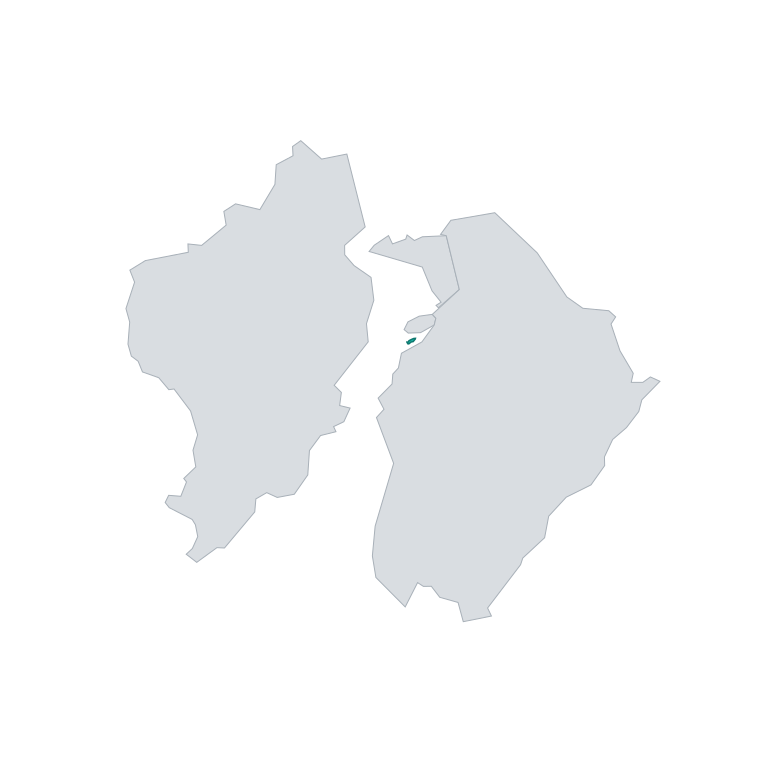 Bahrain shown with its bordering countries, rotated 245°
{"feature_id": "BHR", "entity_name": "Bahrain", "entity_type": "country or territory", "adm_level": 0, "iso_a3": "BHR", "parent_name": "Asia", "parent_adm1": "", "projection": "natural_earth1", "projection_center": [50.55, 26.027], "detail": "fine", "context": "with_neighbors", "style": "filled", "palette": "teal", "viewbox_px": 768, "rotation_deg": 245, "n_neighbors": 4, "source": "natural_earth", "source_scale": "50m", "svg_char_len": 2339}
<svg xmlns="http://www.w3.org/2000/svg" viewBox="0 0 768 768"><g transform="rotate(245 384 384)"><path d="M430.1,465.5L433.3,464.4L434.0,470.3L448.1,466.9L473.8,468.1L510.4,426.5L513.9,433.8L516.6,450.8L507.4,450.9L506.1,464.9L509.3,467.9L501.2,472.2L501.2,481.0L492.1,503.1L437.8,492.2L430.1,465.5Z" fill="#d9dde1" stroke="#a8b0b8" stroke-width="1"/><path d="M416.3,454.5L415.1,438.8L419.9,427.5L424.8,425.2L430.2,432.0L430.6,444.6L426.7,457.2L421.7,458.8L416.3,454.5Z" fill="#d9dde1" stroke="#a8b0b8" stroke-width="1"/><path d="M376.5,343.1L366.8,331.7L366.7,320.3L361.1,320.3L364.1,304.7L355.2,288.3L333.8,276.5L322.0,256.1L326.3,239.3L335.1,231.8L334.0,219.3L322.7,212.8L302.8,170.1L306.3,163.4L301.5,138.9L313.3,132.8L315.9,140.8L324.4,150.7L336.1,153.6L342.3,152.9L362.7,137.1L369.1,135.6L374.1,141.8L368.1,152.4L378.7,163.6L383.0,162.6L388.4,178.4L404.7,182.9L416.7,193.6L441.3,197.3L468.2,191.6L469.8,186.6L484.9,182.5L497.0,170.2L508.5,170.8L516.0,166.8L528.3,168.8L547.6,179.7L561.4,182.0L581.7,201.0L594.6,201.8L596.7,219.9L586.1,262.3L593.8,265.5L586.7,277.3L594.7,308.1L608.1,311.8L610.0,325.6L594.5,345.2L611.0,369.5L628.3,379.0L629.3,398.0L637.9,401.5L639.7,411.4L614.2,422.5L608.1,447.5L534.3,433.3L526.3,406.9L517.7,403.0L504.0,406.9L486.1,417.3L464.2,410.2L446.1,393.6L428.9,387.5L403.9,338.3L394.4,341.8L383.2,334.7L376.5,343.1Z" fill="#d9dde1" stroke="#a8b0b8" stroke-width="1"/><path d="M135.1,355.4L154.7,358.8L167.1,344.4L180.7,341.4L183.9,334.2L189.8,330.5L173.0,309.0L212.1,294.9L233.1,300.8L258.9,315.9L308.0,359.2L356.8,363.0L361.1,373.3L373.7,372.7L380.6,391.3L389.3,396.2L392.4,403.8L404.5,412.8L406.1,436.1L416.3,454.5L421.7,458.8L426.7,457.2L437.8,492.2L492.1,503.1L495.7,498.5L504.1,513.8L492.4,556.8L438.0,578.3L385.6,586.5L368.6,596.2L355.4,618.7L346.9,622.3L342.4,615.1L314.4,611.9L288.4,614.4L281.0,608.8L276.1,619.3L277.8,628.4L269.8,635.2L260.7,611.0L251.4,603.3L242.0,585.3L237.1,567.8L224.8,553.0L216.8,549.5L205.1,529.0L204.4,501.3L194.6,477.4L176.8,464.6L167.6,436.2L162.5,431.4L137.2,383.2L128.3,383.3L135.1,355.4Z" fill="#d9dde1" stroke="#a8b0b8" stroke-width="1"/><path d="M412.7,430.2L412.1,431.8L411.5,431.3L410.1,428.4L410.6,426.4L409.9,423.6L410.2,422.7L411.9,422.4L412.3,422.5L411.8,423.4L412.7,425.0L412.8,427.6L412.7,430.2Z" fill="#14b8a6" stroke="#0f766e" stroke-width="1.5"/></g></svg>